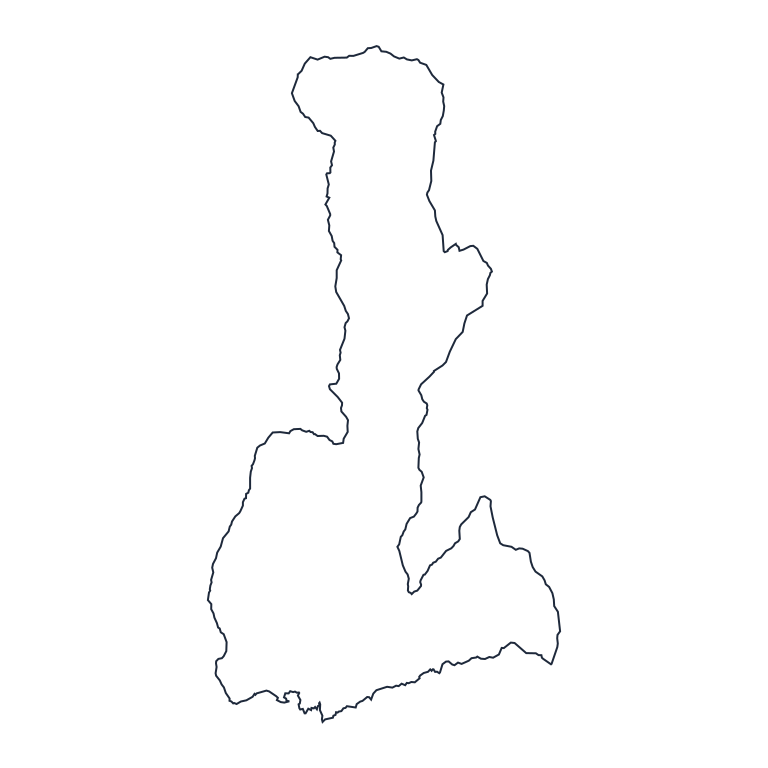 outline of Zaruma, El Oro, Ecuador
{"feature_id": "8360857B11168395923367", "entity_name": "Zaruma", "entity_type": "district", "adm_level": 2, "iso_a3": "ECU", "parent_name": "Ecuador", "parent_adm1": "El Oro", "projection": "equal_earth", "projection_center": [-79.513, -3.511], "detail": "fine", "context": "isolated", "style": "outline", "palette": "slate", "viewbox_px": 768, "rotation_deg": 0, "n_neighbors": 0, "source": "geoboundaries", "source_scale": "gbopen_adm2", "svg_char_len": 6088}
<svg xmlns="http://www.w3.org/2000/svg" viewBox="0 0 768 768"><path d="M207.9,600.1L211.3,604.1L211.2,609.2L213.5,613.4L214.4,617.6L216.9,623.1L218.1,627.5L219.7,628.5L220.8,632.3L223.7,634.2L226.6,642.1L226.3,651.1L223.7,656.2L221.9,658.2L218.4,658.9L216.2,661.2L216.0,663.3L216.6,667.0L215.6,673.2L216.1,675.7L219.8,680.4L221.6,684.4L223.9,687.4L225.8,693.0L229.6,698.5L229.5,700.8L231.4,701.5L233.2,703.4L234.1,703.0L236.6,704.0L240.9,701.5L246.4,700.3L252.6,696.8L254.5,693.9L255.4,694.8L256.6,693.4L266.4,690.6L269.1,691.4L276.2,696.2L277.9,697.8L276.9,700.1L280.8,702.1L284.3,702.6L289.3,701.3L286.5,700.6L286.1,698.6L284.0,697.4L285.3,693.3L288.6,693.4L290.2,691.2L293.1,692.1L295.0,691.6L296.9,692.7L298.9,692.5L299.2,693.0L297.9,695.6L300.4,700.0L299.8,703.5L298.6,704.3L299.4,708.3L300.2,709.5L302.8,708.9L304.6,713.3L305.6,713.3L308.3,708.7L311.1,710.1L311.5,707.9L313.8,708.4L315.1,707.0L316.9,709.3L317.9,706.1L319.4,705.6L319.1,703.2L319.6,702.6L320.2,704.4L319.9,710.1L322.4,715.7L321.9,719.3L322.6,721.9L325.1,719.4L332.9,717.7L333.4,715.7L335.5,714.9L336.1,712.2L337.6,712.6L338.7,711.6L341.4,711.1L343.4,708.3L345.5,707.9L346.9,706.2L355.7,707.5L356.7,704.1L360.2,701.6L362.5,700.9L367.2,697.0L369.1,697.2L371.1,699.6L373.3,693.6L376.4,690.2L387.1,686.8L392.4,687.6L396.1,685.7L398.7,686.1L401.6,683.7L405.2,685.2L406.8,682.9L408.7,683.2L411.3,682.0L414.8,682.3L419.6,678.3L419.2,676.9L420.2,675.5L423.7,673.0L428.0,671.8L430.2,669.4L431.6,670.8L432.7,669.3L433.5,669.3L435.1,671.9L437.0,671.7L439.3,673.2L440.0,672.4L442.5,664.2L446.0,661.6L448.6,661.4L452.2,664.5L454.5,665.2L458.0,662.6L461.6,663.9L468.8,660.7L471.5,658.2L476.2,657.5L477.3,656.6L480.9,658.7L485.0,659.0L489.3,657.0L493.1,657.7L498.9,654.5L501.7,647.9L503.8,648.1L510.8,642.6L514.6,643.0L526.2,653.1L535.9,653.3L538.5,655.1L541.4,655.2L541.9,657.7L543.1,658.8L551.0,664.3L551.6,663.8L557.3,647.1L557.8,643.5L557.2,638.3L557.5,634.9L560.1,631.3L557.9,611.8L554.2,606.1L553.8,599.4L552.4,593.2L549.1,586.9L545.8,584.3L544.6,580.4L542.3,576.4L535.5,571.6L532.7,567.1L530.9,561.7L529.5,552.9L527.9,551.1L522.6,548.7L519.2,548.4L515.8,549.8L511.5,546.8L503.2,545.2L500.2,543.3L497.2,535.3L492.7,517.4L490.5,506.3L490.9,501.1L490.3,499.9L484.7,496.3L480.4,497.2L475.0,509.5L470.8,512.2L468.6,517.1L461.2,524.4L459.8,527.0L459.3,530.7L459.8,539.0L458.2,541.4L455.0,543.3L453.5,546.0L451.3,548.3L446.1,550.9L440.8,557.6L438.1,558.7L435.8,561.7L433.2,562.7L432.0,564.6L430.0,565.4L427.6,570.9L424.8,574.6L423.5,574.8L420.6,580.4L420.2,582.1L421.1,584.6L421.0,586.0L417.3,590.6L414.2,591.6L411.7,594.1L410.7,592.9L408.8,592.2L407.9,590.5L408.2,586.3L407.8,584.1L408.8,578.7L407.6,574.4L405.5,571.7L402.8,565.3L399.3,550.9L397.4,546.8L399.2,544.3L400.8,536.8L402.3,535.3L403.7,531.5L405.3,529.4L406.6,523.9L410.1,518.1L413.9,516.6L416.3,513.5L417.5,511.5L417.6,507.7L418.9,505.0L421.2,502.5L421.4,501.3L421.4,492.2L420.7,485.6L423.7,477.4L421.7,471.8L419.4,469.8L418.4,467.8L418.8,458.0L419.6,454.5L418.4,449.0L419.1,442.5L417.8,438.8L417.3,431.4L418.3,428.0L422.2,423.0L425.1,415.8L426.5,414.9L427.5,409.7L426.8,408.2L427.3,405.3L426.7,403.5L423.9,401.7L422.3,399.3L421.3,395.2L418.5,390.5L418.6,389.4L421.1,384.3L429.4,376.7L434.0,371.8L433.9,371.0L442.5,365.5L446.0,362.0L449.8,351.7L455.8,339.1L462.7,331.9L464.4,323.4L467.0,315.5L482.6,305.8L482.6,300.9L487.1,293.5L486.7,284.6L487.9,279.1L489.9,275.2L490.4,272.9L491.9,271.6L490.9,268.8L488.0,265.6L486.8,262.9L483.4,261.0L477.3,248.8L473.3,245.8L470.3,246.1L463.5,249.6L459.5,250.8L458.7,247.2L456.0,244.8L455.8,243.9L450.7,247.4L447.9,249.9L447.6,251.1L444.8,252.2L443.7,251.1L442.6,235.1L436.3,221.0L435.3,216.5L434.9,210.4L429.4,201.1L426.9,194.7L427.4,192.5L429.0,190.2L431.3,181.0L431.0,170.6L433.4,160.6L434.9,142.3L435.9,141.1L434.0,135.0L435.3,133.9L435.2,131.6L437.1,126.2L440.3,123.8L440.8,120.0L442.8,116.1L443.8,110.5L444.2,106.1L443.2,101.6L443.5,97.4L441.7,92.6L443.4,84.5L438.8,82.0L432.2,75.0L426.3,64.9L420.1,62.7L418.4,60.0L416.9,59.2L411.8,60.4L406.9,59.4L403.8,57.5L399.3,58.6L394.0,56.4L390.5,53.6L386.3,51.8L381.4,51.3L378.7,46.8L376.6,46.1L371.2,48.0L367.8,48.2L364.7,51.9L363.1,52.9L353.4,55.9L349.2,55.8L346.8,57.6L334.6,57.8L330.3,58.8L328.1,57.2L324.6,56.7L317.6,59.6L310.4,57.2L304.8,63.6L301.6,70.8L297.8,74.5L296.8,74.5L297.8,74.5L297.7,77.3L291.9,93.2L294.7,101.0L298.6,106.2L300.6,111.9L303.0,113.7L305.2,117.0L308.6,117.6L313.3,123.2L314.9,126.9L317.7,131.0L320.0,130.8L322.1,133.1L330.8,135.7L335.4,140.8L334.7,142.6L334.8,144.5L333.3,147.6L334.0,151.5L331.1,161.4L332.0,165.2L330.3,167.5L330.4,172.5L329.7,173.2L327.0,173.3L326.3,174.5L328.8,184.5L327.6,188.4L327.5,193.4L326.6,196.5L329.3,197.7L325.4,204.5L326.8,206.0L330.2,214.1L330.2,215.4L327.9,219.8L329.3,225.4L328.9,231.0L331.7,236.0L332.6,240.8L334.2,243.1L334.5,246.8L337.5,249.8L337.4,252.4L341.1,255.2L340.7,259.3L341.2,260.4L336.7,270.2L336.7,278.0L335.3,286.4L336.2,292.0L344.2,305.9L345.8,310.9L347.9,314.0L349.0,318.3L347.4,321.4L345.7,323.0L344.5,327.2L345.4,330.7L344.5,338.7L340.0,349.9L340.6,352.7L339.8,355.2L340.3,359.9L337.5,364.4L336.6,367.1L336.8,368.9L339.0,373.4L339.1,378.8L336.3,383.7L329.9,384.4L329.0,386.1L329.9,389.2L337.7,397.0L342.1,402.7L342.0,405.3L341.0,408.0L341.4,411.5L346.1,416.8L348.0,420.2L347.4,425.8L347.7,431.9L343.7,438.7L343.1,442.9L336.2,444.2L333.4,443.8L332.3,441.4L329.5,440.0L327.1,436.7L323.7,435.8L317.6,436.0L315.0,434.1L314.0,434.2L312.6,432.2L310.5,432.0L309.3,430.8L306.2,431.8L302.1,430.3L300.4,428.9L293.8,429.2L290.4,431.1L289.1,433.3L280.2,432.1L272.7,432.5L268.3,437.7L264.8,443.5L260.0,445.5L257.3,447.7L254.8,455.9L255.0,458.2L254.5,460.2L253.0,464.2L251.6,465.9L252.0,468.1L250.8,471.6L250.1,477.8L250.1,488.6L248.9,490.2L248.3,492.7L246.1,493.9L246.0,498.2L244.5,498.7L242.9,502.2L242.9,505.6L240.3,511.3L239.2,513.1L235.3,516.4L232.0,521.5L231.2,524.7L229.8,526.6L228.6,531.4L223.0,538.2L220.7,546.6L217.2,552.6L216.0,558.2L213.0,563.9L212.2,567.7L213.3,572.4L211.1,579.9L211.6,582.4L210.4,585.5L209.8,589.3L210.2,590.6L209.0,592.5L207.9,600.1Z" fill="none" stroke="#1e293b" stroke-width="2"/></svg>